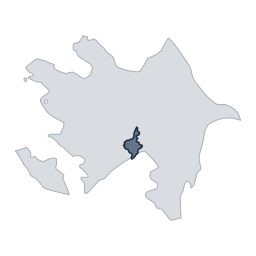 Beylagan District, Beyləqan, Azerbaijan shown in context
{"feature_id": "54616110B20470092766685", "entity_name": "Beylagan District", "entity_type": "district", "adm_level": 2, "iso_a3": "AZE", "parent_name": "Azerbaijan", "parent_adm1": "Beyləqan", "projection": "equal_earth", "projection_center": [47.705, 39.846], "detail": "fine", "context": "in_parent", "style": "filled", "palette": "slate", "viewbox_px": 256, "rotation_deg": 0, "n_neighbors": 0, "source": "geoboundaries", "source_scale": "gbopen_adm2", "svg_char_len": 4722}
<svg xmlns="http://www.w3.org/2000/svg" viewBox="0 0 256 256"><path d="M181.0,218.2L179.9,218.1L171.6,220.2L169.8,219.5L162.7,210.2L161.2,209.1L158.1,208.7L156.3,207.2L154.9,204.6L154.0,202.8L146.7,197.7L145.6,195.9L145.4,194.2L146.5,192.8L147.7,191.5L151.3,190.3L155.5,189.2L156.8,188.4L157.5,187.1L157.5,184.9L156.8,182.8L150.8,178.9L150.1,177.3L149.9,175.2L150.2,173.1L151.2,171.4L156.1,169.2L158.7,166.8L157.0,164.2L151.8,158.2L145.5,151.7L141.3,151.6L136.5,153.6L128.8,159.2L124.5,161.6L119.0,165.5L112.9,169.9L107.9,174.6L104.8,178.5L99.3,180.2L96.4,183.4L87.2,193.2L84.6,193.0L84.4,188.2L84.6,184.4L84.0,182.2L81.0,179.1L81.0,177.8L81.8,177.0L84.1,177.5L87.0,177.3L88.5,176.1L85.3,172.2L82.5,169.5L80.2,167.7L79.6,166.6L79.6,165.9L80.2,165.0L84.2,162.8L84.6,160.8L84.4,158.5L78.0,155.2L73.1,156.4L68.8,152.7L66.1,149.9L62.6,146.8L59.5,145.1L56.6,141.3L51.5,137.3L48.2,136.2L48.3,135.6L48.9,134.8L50.3,134.2L59.4,134.4L60.6,133.7L61.1,132.0L62.4,129.4L63.9,125.7L63.8,122.6L54.7,117.6L48.0,113.0L43.5,106.9L40.4,101.3L40.5,99.5L41.5,97.7L48.7,92.6L49.1,91.3L49.0,90.4L46.5,87.7L43.3,85.1L42.3,83.1L40.3,82.1L36.5,82.0L29.9,78.7L28.5,78.4L28.2,77.7L28.5,77.0L33.3,75.7L33.2,74.6L31.8,73.2L29.1,72.1L26.7,69.5L25.9,67.1L34.5,60.2L37.1,58.8L42.7,60.1L54.4,64.7L53.6,67.2L54.7,68.6L57.4,70.6L62.5,72.6L66.9,73.6L69.1,72.7L72.5,72.0L76.8,74.2L80.8,77.1L82.8,78.3L83.9,78.7L87.0,77.7L90.7,74.0L92.1,69.5L92.5,67.3L90.4,64.3L86.0,61.1L81.1,58.3L78.0,55.8L76.0,50.9L74.0,50.3L73.4,49.7L73.1,48.0L73.2,45.6L73.9,43.8L75.9,43.1L78.0,42.8L79.8,41.1L82.1,37.7L83.1,35.8L87.3,36.9L87.9,39.9L88.7,40.5L90.4,40.2L93.4,38.9L95.7,39.9L98.8,43.5L102.9,47.3L105.2,49.8L106.1,51.6L108.2,53.3L111.3,55.3L113.8,58.5L116.0,65.8L118.3,67.5L126.4,70.3L129.2,70.9L137.2,71.9L140.0,71.2L144.1,64.9L147.7,58.3L151.2,57.0L157.4,53.8L161.1,50.9L162.6,47.7L166.1,41.6L168.3,38.2L171.9,41.2L178.3,49.4L187.4,62.8L189.7,66.5L191.2,70.9L192.5,76.2L194.6,81.0L203.9,92.8L207.9,97.2L214.5,102.9L216.8,104.2L219.8,104.5L225.4,104.6L230.6,106.8L233.1,108.3L235.8,110.6L238.2,113.2L240.6,120.2L231.7,117.9L222.7,118.3L217.6,119.8L212.7,121.8L208.0,124.7L205.0,130.4L202.6,143.4L199.1,155.7L199.2,161.4L200.9,166.9L200.7,169.5L199.1,170.6L197.0,172.9L194.2,184.2L192.9,186.4L191.1,187.9L190.6,186.5L190.7,183.5L186.7,180.9L184.6,183.9L183.2,190.1L180.3,196.7L180.2,197.9L181.0,218.2ZM47.5,102.5L47.9,100.7L46.8,100.0L45.6,99.9L44.5,100.8L44.5,103.0L45.9,103.4L47.5,102.5ZM17.3,153.5L16.0,151.7L15.4,150.7L19.4,149.8L26.0,147.4L27.8,148.6L29.7,151.0L30.7,153.2L30.8,157.1L31.6,157.7L34.8,156.4L36.2,158.0L38.7,159.9L43.0,161.8L49.2,158.8L52.3,158.1L54.9,158.1L56.3,159.0L56.7,162.1L56.2,165.9L55.4,167.9L56.7,169.4L61.8,173.0L63.9,175.1L62.8,178.6L66.6,187.1L67.8,190.5L69.3,194.6L61.5,193.0L47.5,189.5L43.7,187.7L40.0,183.0L37.9,180.6L34.7,177.7L32.1,176.6L30.1,174.5L29.0,171.5L27.4,168.7L24.5,165.5L18.1,154.6L17.3,153.5ZM26.6,80.9L25.7,81.5L24.4,80.9L24.0,79.6L24.1,78.2L25.4,77.8L26.5,78.2L26.8,79.5L26.6,80.9Z" fill="#d9dde1" stroke="#a8b0b8" stroke-width="1"/><path d="M136.8,127.2L136.6,127.4L136.3,128.0L135.9,128.7L135.6,129.3L135.4,130.0L135.1,130.6L134.8,131.3L134.5,131.9L134.3,132.4L134.1,132.8L134.0,133.3L134.1,135.2L133.7,136.1L133.7,137.1L133.2,137.8L133.1,138.2L132.7,138.7L132.3,139.0L131.9,139.2L131.4,139.3L130.8,139.3L130.4,139.4L129.9,139.6L129.5,139.9L129.0,140.2L128.6,140.3L127.8,140.3L127.1,140.3L126.7,140.5L126.2,140.9L125.9,141.2L125.4,141.5L125.2,141.6L124.8,141.9L124.5,142.3L124.3,142.8L124.4,143.1L124.6,143.5L125.0,143.9L124.8,144.3L124.5,144.5L124.0,144.8L123.6,145.3L123.5,145.6L123.8,145.8L124.1,146.1L124.5,146.3L124.8,146.6L124.7,147.2L124.5,147.3L125.0,148.1L125.8,148.9L127.0,149.2L127.7,149.5L128.4,150.4L128.9,151.5L128.9,152.0L129.7,152.7L130.6,153.0L131.4,153.6L132.1,154.4L132.1,155.7L131.6,156.6L131.3,157.6L131.4,158.7L131.7,158.8L132.1,159.0L133.1,158.3L134.7,156.8L135.2,156.1L135.7,155.3L136.2,154.5L137.0,153.8L137.4,153.6L137.9,153.1L137.8,152.6L137.8,151.7L137.7,151.1L138.0,150.4L138.2,149.7L138.7,149.3L139.3,148.7L140.0,148.4L140.4,148.1L141.3,147.8L141.6,147.4L141.9,147.0L142.2,146.6L142.3,146.1L142.1,145.5L141.6,145.0L140.6,144.9L140.1,144.9L139.6,144.4L139.3,143.9L139.1,143.3L138.9,142.6L138.3,142.1L137.8,142.0L137.2,142.0L136.7,141.6L136.4,141.2L136.5,140.7L136.6,140.1L136.7,139.9L137.1,139.4L137.4,139.0L137.7,138.5L137.4,138.3L137.0,137.9L136.6,137.5L136.4,137.2L136.4,136.8L136.4,136.3L136.5,136.0L137.0,135.7L137.3,135.4L137.7,135.3L138.2,135.1L138.7,134.8L139.2,134.4L139.5,133.9L139.4,133.1L139.1,132.4L138.8,131.8L138.1,131.3L137.6,130.8L137.3,130.1L137.3,129.6L137.6,129.0L137.4,128.4L137.5,127.8L136.9,127.3L136.8,127.2Z" fill="#64748b" stroke="#1e293b" stroke-width="1.5"/></svg>